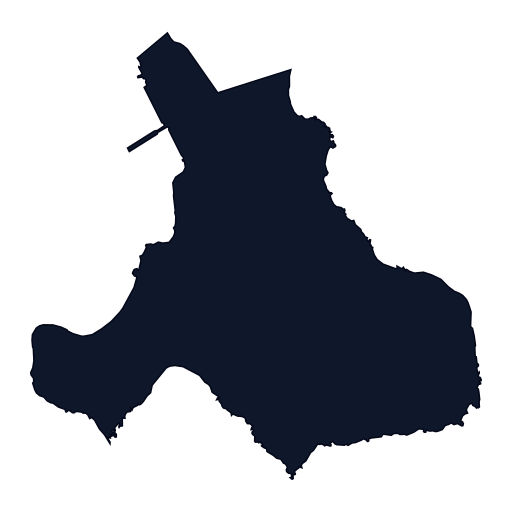 Moule A Chique, Vieux Fort, Saint Lucia
{"feature_id": "8701671B37545518209863", "entity_name": "Moule A Chique", "entity_type": "district", "adm_level": 2, "iso_a3": "LCA", "parent_name": "Saint Lucia", "parent_adm1": "Vieux Fort", "projection": "robinson", "projection_center": [-60.948, 13.716], "detail": "fine", "context": "isolated", "style": "filled", "palette": "ink", "viewbox_px": 512, "rotation_deg": 0, "n_neighbors": 0, "source": "geoboundaries", "source_scale": "gbopen_adm2", "svg_char_len": 6051}
<svg xmlns="http://www.w3.org/2000/svg" viewBox="0 0 512 512"><path d="M290.9,69.6L217.8,92.8L187.3,49.2L183.3,45.7L180.0,43.6L173.8,41.9L170.8,38.6L167.4,32.9L137.3,58.1L140.0,62.0L140.8,65.3L141.3,65.6L141.0,66.7L140.2,67.1L138.8,66.5L138.7,67.3L142.2,73.6L140.9,75.0L138.2,75.9L137.6,76.9L137.9,77.7L142.1,77.1L143.6,78.7L144.6,78.5L145.4,79.2L146.0,80.4L145.6,82.2L147.0,85.3L144.1,87.4L161.9,122.8L162.9,122.7L164.7,125.5L157.6,130.3L154.4,131.0L127.5,148.0L129.3,151.6L157.2,134.1L157.8,132.4L167.1,127.0L168.8,127.6L168.8,130.0L169.9,132.3L181.3,155.1L183.2,157.2L183.7,158.7L182.3,159.9L183.0,161.2L183.9,160.8L184.4,161.6L185.4,167.4L183.2,172.0L175.6,177.2L172.8,182.8L173.8,192.7L173.5,195.7L175.2,210.4L174.8,212.7L175.8,216.3L175.6,223.1L174.9,226.5L173.5,227.7L174.8,230.7L174.7,233.1L173.4,236.6L169.2,242.3L162.9,243.1L158.3,242.1L153.4,244.7L150.8,244.0L146.3,244.5L145.7,245.2L146.3,247.6L144.3,252.0L142.4,255.2L139.9,256.2L141.0,260.5L138.8,269.9L137.7,269.9L137.0,268.6L134.9,269.2L134.1,269.6L132.8,272.2L132.5,273.3L134.4,276.0L136.0,276.2L136.8,277.6L134.0,287.6L122.8,308.2L119.8,312.3L111.3,321.4L101.7,328.8L92.3,334.6L83.9,336.2L81.2,336.1L72.8,333.6L67.7,331.0L67.0,329.8L61.1,327.1L52.8,324.9L43.2,324.8L39.4,325.9L36.3,328.0L32.4,334.6L32.0,340.3L32.6,347.0L33.3,348.7L33.9,360.7L32.8,367.8L30.7,372.6L31.1,375.0L33.5,378.2L33.7,381.6L32.7,383.2L34.8,389.8L36.4,392.9L39.6,395.6L43.9,397.1L47.1,400.8L50.5,402.7L53.1,403.2L58.5,407.1L65.1,409.4L65.7,411.8L66.6,412.0L67.9,410.7L69.2,410.4L72.6,412.8L74.3,412.8L75.5,411.7L77.3,411.5L81.5,412.1L83.1,413.1L85.8,413.2L87.7,414.7L89.7,418.6L91.7,417.5L94.6,420.1L99.4,428.9L104.6,434.9L110.0,443.7L110.1,442.1L108.3,439.3L108.0,437.5L110.4,438.0L110.2,436.8L112.0,436.0L110.7,434.8L111.2,434.2L112.7,434.4L114.9,437.0L116.0,437.2L116.4,436.1L116.3,434.2L115.3,433.2L112.5,432.3L112.0,431.4L112.1,430.1L113.5,429.5L114.0,431.5L114.9,431.7L115.3,430.1L114.6,427.8L118.6,423.0L119.5,424.6L118.7,426.8L119.1,427.5L120.0,426.2L122.4,425.9L122.3,418.6L122.6,418.1L125.0,418.3L124.7,416.4L125.4,414.2L126.9,412.1L130.4,411.5L130.5,408.4L131.9,410.3L133.2,407.5L137.7,405.3L138.1,404.0L139.3,404.8L140.8,404.2L143.3,401.6L147.2,395.8L150.6,392.8L152.2,385.2L166.1,368.1L169.6,366.2L175.0,365.5L183.1,366.7L199.6,375.4L204.9,382.2L208.4,384.4L210.3,386.6L212.2,392.3L218.9,396.8L219.3,397.5L217.5,397.9L216.6,399.8L218.2,399.4L219.0,399.8L219.2,401.2L221.3,403.8L222.3,406.6L223.4,408.0L226.8,409.0L227.1,409.9L230.3,412.2L231.1,413.0L231.5,415.4L232.8,414.0L237.6,416.1L242.2,416.5L245.4,418.2L245.7,421.0L247.3,423.6L250.2,423.8L253.0,426.5L251.7,427.4L251.1,429.7L252.6,429.4L254.0,430.2L252.1,432.1L252.0,433.2L252.6,434.5L254.8,436.0L254.6,441.1L255.4,442.2L258.1,442.0L258.8,442.8L260.0,441.8L261.0,442.0L260.9,442.9L262.8,444.5L263.1,445.4L262.7,445.9L261.5,445.6L261.6,446.1L264.4,448.0L266.4,448.4L266.9,451.3L267.5,451.9L272.9,455.1L276.8,458.3L280.8,459.2L283.5,463.2L285.5,464.0L287.4,467.2L286.3,469.8L286.6,471.6L288.6,473.3L291.0,473.4L291.9,477.0L290.1,477.6L291.8,479.1L292.7,479.1L293.2,478.4L293.0,474.3L294.3,474.8L295.3,474.3L295.4,473.7L294.5,472.3L295.1,470.7L298.9,467.8L299.2,466.8L301.9,467.8L301.3,465.5L302.2,463.6L305.8,461.0L310.5,452.7L313.5,450.3L317.6,444.2L320.0,444.4L320.7,443.9L323.5,444.8L324.7,445.9L326.3,445.0L330.4,446.1L331.0,445.8L331.0,444.7L330.2,443.0L332.9,441.4L334.7,443.7L336.6,444.7L344.4,445.2L346.0,444.3L348.1,445.4L352.1,443.0L355.4,442.6L361.5,440.1L363.4,438.8L366.0,439.9L367.4,441.5L368.2,441.4L368.8,440.8L368.5,439.6L369.1,438.8L371.3,438.0L381.4,436.8L382.5,434.8L383.6,434.2L391.3,435.3L393.9,433.5L396.3,433.4L398.4,433.5L399.9,434.5L404.5,434.3L406.7,435.1L413.8,432.2L418.8,428.9L422.9,429.2L423.8,429.9L423.5,431.4L424.3,432.3L425.7,432.2L426.4,430.3L429.9,431.1L432.8,430.8L435.4,431.6L437.7,431.3L442.3,429.6L445.3,425.4L448.8,424.4L451.1,422.9L453.9,424.6L457.6,423.6L461.7,425.9L462.8,425.8L463.4,423.8L462.6,421.9L460.8,420.9L460.9,420.0L462.6,415.9L464.9,414.0L467.6,413.1L466.5,410.6L466.5,409.0L469.2,404.3L471.9,403.3L472.8,405.4L475.0,406.5L476.5,408.1L477.1,407.6L478.5,407.8L479.4,407.0L479.1,401.9L479.7,399.4L478.9,392.2L478.3,389.1L476.9,387.5L478.6,384.5L480.6,383.9L480.7,383.1L479.2,381.5L479.4,380.7L481.0,380.8L481.3,380.0L480.3,377.5L478.7,377.1L478.2,375.2L479.3,373.2L479.2,372.1L478.4,372.9L477.7,372.5L476.8,368.7L477.0,367.2L478.4,366.0L478.4,364.5L476.9,362.9L476.3,356.9L475.2,356.3L474.8,347.1L475.5,345.4L474.2,335.9L472.5,328.3L471.1,327.3L470.6,325.8L471.1,312.0L468.2,303.1L466.4,299.5L462.8,295.5L459.3,293.3L454.2,291.2L448.1,286.6L440.9,279.3L431.4,274.8L423.4,272.2L414.5,273.1L409.6,271.4L406.7,269.5L406.0,269.4L405.3,270.8L403.4,267.2L402.2,268.5L401.3,268.5L397.0,266.1L397.2,268.3L395.7,268.7L383.1,264.1L377.1,259.5L374.2,254.8L372.4,249.1L372.8,247.4L371.5,246.7L370.8,244.8L369.9,244.6L370.6,239.9L369.5,239.6L368.8,241.6L367.3,240.4L366.9,239.0L367.4,237.7L365.0,236.8L363.7,234.2L361.5,231.8L360.7,229.3L355.4,224.7L353.8,220.4L351.4,221.0L347.2,218.3L345.4,215.8L345.9,214.2L344.3,212.8L344.9,210.5L344.5,209.0L343.2,209.2L341.2,207.6L336.3,206.6L333.9,204.5L331.7,200.6L330.3,196.4L330.5,194.9L332.1,193.5L331.4,192.7L328.7,192.6L329.0,192.0L326.6,189.1L325.8,185.8L323.5,180.6L323.4,178.5L324.5,176.0L326.5,175.3L328.0,172.8L326.6,170.2L324.9,164.1L326.3,155.9L328.1,150.1L329.8,147.2L331.6,147.1L332.9,148.1L335.5,146.5L335.7,145.6L335.3,144.4L333.6,143.2L333.9,141.9L333.3,140.8L330.8,141.6L329.9,140.4L329.7,139.0L330.2,136.6L332.8,137.8L333.5,136.2L332.3,134.6L329.9,134.6L329.7,133.2L331.2,132.0L329.1,131.5L329.2,130.9L330.1,130.8L329.5,128.1L327.7,127.2L326.3,127.7L326.3,126.1L324.5,126.4L325.3,124.2L323.6,122.3L321.8,122.0L318.6,119.4L316.7,119.1L316.0,118.6L316.4,117.4L315.8,116.9L315.1,120.5L315.1,116.5L314.0,116.5L313.7,117.7L310.7,117.9L308.3,119.2L304.9,119.0L301.7,115.7L299.5,116.4L297.5,115.8L294.0,112.0L290.5,104.1L290.2,101.4L288.5,95.5L288.4,89.6L289.5,86.3L289.4,76.2L290.9,69.6Z" fill="#0f172a" stroke="#020617" stroke-width="1.5"/></svg>